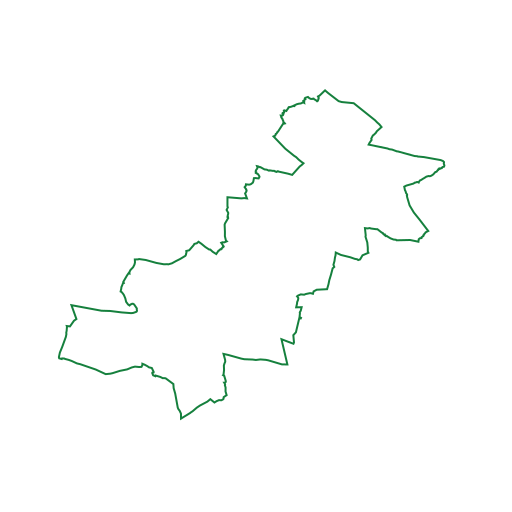 the district of Audnedal nor, Vest-Agder, Norway, rotated 207°
{"feature_id": "86288312B28435141064864", "entity_name": "Audnedal nor", "entity_type": "district", "adm_level": 2, "iso_a3": "NOR", "parent_name": "Norway", "parent_adm1": "Vest-Agder", "projection": "natural_earth1", "projection_center": [7.384, 58.371], "detail": "fine", "context": "isolated", "style": "outline", "palette": "green", "viewbox_px": 512, "rotation_deg": 207, "n_neighbors": 0, "source": "geoboundaries", "source_scale": "gbopen_adm2", "svg_char_len": 6124}
<svg xmlns="http://www.w3.org/2000/svg" viewBox="0 0 512 512"><g transform="rotate(207 256 256)"><path d="M269.7,434.9L272.2,427.7L273.2,426.3L271.8,425.3L271.8,424.5L271.6,424.2L271.4,422.7L271.4,422.3L271.8,421.6L273.3,422.0L275.5,422.1L276.1,422.4L276.6,422.2L277.0,421.6L278.3,420.9L280.1,420.8L281.9,421.3L283.9,419.3L284.1,418.6L284.0,418.3L283.3,417.9L283.5,417.7L283.5,417.3L284.2,415.8L283.0,415.3L283.0,414.8L282.6,414.3L284.0,414.3L284.6,413.1L285.4,412.2L286.9,411.2L288.5,409.8L290.3,407.5L289.8,407.5L289.8,407.0L291.1,406.4L292.8,404.6L294.4,403.5L294.5,402.8L294.3,402.5L294.8,399.8L294.8,399.0L297.0,398.6L297.2,398.2L296.4,397.4L296.2,396.9L296.3,396.8L296.2,396.3L296.6,395.9L297.1,395.7L297.2,395.3L296.0,394.8L295.9,393.8L296.1,393.4L297.6,392.5L297.3,392.3L297.3,392.1L296.5,391.5L296.3,391.3L296.4,391.1L295.3,390.3L294.4,390.0L294.0,389.4L293.0,388.7L292.2,387.4L291.3,387.6L290.5,387.2L291.9,386.0L292.9,376.6L293.3,376.0L293.2,375.1L293.4,374.1L293.8,373.7L293.5,372.1L294.7,370.5L278.6,364.9L267.7,362.6L265.0,362.3L261.9,361.3L258.1,360.5L255.8,360.2L256.5,358.1L257.7,355.6L260.6,344.7L264.8,343.9L274.1,341.5L275.0,341.5L275.7,340.4L276.1,340.1L276.9,340.3L277.4,340.0L278.6,340.1L279.6,339.5L282.5,338.6L282.5,338.4L283.3,337.9L285.6,337.8L287.8,337.0L292.4,337.2L292.7,336.9L294.8,336.8L295.9,336.5L294.7,335.4L294.6,334.4L294.9,333.1L294.9,331.9L294.5,330.8L293.8,330.7L293.8,329.9L291.2,329.8L289.0,328.4L288.8,327.9L288.9,326.3L292.1,325.1L293.2,324.4L292.3,321.5L292.1,320.0L293.1,317.8L293.8,317.0L294.6,316.4L297.5,315.3L297.0,314.0L297.4,312.2L294.9,310.9L294.9,310.6L294.0,309.9L293.9,308.7L294.1,306.8L290.2,303.2L292.7,302.3L295.2,300.7L308.1,295.4L304.0,287.3L303.2,286.6L303.1,283.7L300.4,281.9L299.9,280.9L299.7,279.5L298.8,278.2L299.2,278.0L299.1,277.7L298.0,277.1L298.4,271.1L298.2,269.7L294.7,263.5L292.7,259.5L289.8,256.1L288.7,255.8L290.6,253.6L292.0,253.1L293.0,252.0L289.4,250.0L289.7,249.6L289.2,249.2L290.0,247.4L290.0,247.1L289.9,246.8L290.2,246.6L290.2,246.1L290.7,245.9L291.1,245.2L291.2,244.3L291.8,243.8L292.3,239.7L296.5,240.1L299.7,241.0L300.6,240.5L305.2,241.0L310.2,242.1L313.7,242.6L314.5,240.5L316.4,238.8L316.5,237.3L318.1,230.8L320.4,228.8L319.5,227.5L319.3,226.1L319.0,225.5L319.0,224.1L322.3,218.8L325.1,215.0L327.6,211.3L330.4,208.7L331.2,208.5L334.3,206.8L341.6,204.6L352.4,202.4L358.8,200.2L359.6,199.4L362.4,197.9L360.9,195.3L360.4,193.2L360.4,190.2L361.5,186.5L361.5,184.3L360.8,183.0L361.7,183.0L362.1,180.1L362.5,172.8L361.6,172.0L362.2,171.6L361.9,169.1L361.8,167.2L361.2,165.6L360.5,162.9L359.4,162.9L357.3,162.0L355.9,161.2L353.2,158.9L350.9,156.2L347.9,154.7L346.2,154.5L345.8,155.9L345.1,156.5L344.8,157.1L344.0,157.6L342.6,157.5L338.4,155.2L337.9,154.1L337.2,153.2L337.1,152.4L337.4,151.8L339.6,149.5L341.3,148.4L350.2,144.7L361.0,140.8L368.8,137.1L398.1,128.4L387.4,118.3L388.8,115.7L389.8,108.8L392.8,107.7L392.4,107.3L392.0,106.4L390.8,103.5L390.2,101.4L389.5,100.4L388.7,97.6L387.4,87.0L386.9,80.9L385.7,76.4L384.9,75.5L382.3,76.0L382.3,76.7L380.3,77.6L379.4,77.6L375.7,78.4L372.5,78.8L366.8,79.0L363.5,79.8L347.2,82.1L336.3,82.5L332.4,85.0L330.6,86.5L325.2,91.8L319.3,96.5L316.1,100.3L313.6,102.5L309.8,104.0L307.7,105.2L307.7,107.2L308.3,108.4L305.8,108.6L302.6,108.5L300.9,108.2L298.0,108.9L294.6,106.3L294.4,105.8L295.4,105.0L295.3,104.6L293.5,103.0L291.1,103.2L291.2,103.9L286.3,104.8L283.6,104.8L282.6,105.4L281.0,106.0L271.5,104.4L269.4,100.9L265.5,96.7L256.9,85.4L255.7,84.4L253.7,83.4L251.3,81.5L249.0,77.1L243.3,86.4L243.2,86.8L242.0,88.9L239.9,94.0L238.0,97.4L233.2,104.2L231.7,107.7L226.5,106.6L225.2,108.8L223.5,110.8L221.4,111.7L220.4,113.1L220.1,113.9L220.7,115.6L219.0,118.7L221.6,121.4L223.4,125.0L225.1,126.8L225.1,127.3L225.8,128.1L226.8,128.7L226.1,129.1L225.8,130.2L226.3,131.0L229.9,134.8L231.2,134.9L231.0,135.7L231.4,136.4L232.7,139.9L234.9,143.8L235.3,145.9L235.4,147.8L236.4,149.5L240.5,154.0L235.9,155.2L222.5,157.9L219.6,158.7L212.0,162.2L208.9,163.3L205.2,165.8L200.2,167.9L197.8,168.6L183.7,171.2L178.8,173.6L195.5,193.4L182.8,194.8L182.9,196.2L186.8,202.4L185.8,206.1L189.2,220.2L187.8,220.6L187.8,221.3L189.5,221.4L190.8,224.8L191.3,225.4L191.4,226.0L191.3,227.6L192.1,231.1L196.9,228.5L197.8,232.1L198.4,233.6L198.6,235.9L199.1,237.5L199.4,237.9L201.1,238.7L200.6,239.8L198.7,242.1L195.5,243.4L194.4,244.7L191.2,247.3L190.1,247.8L188.1,248.2L188.6,250.6L186.6,253.5L177.6,258.7L178.6,263.8L179.7,267.7L180.7,273.4L182.1,279.8L181.3,281.8L183.0,283.3L183.8,287.2L185.0,290.6L185.4,292.6L186.5,295.3L180.8,295.5L171.3,297.7L166.7,298.3L164.4,299.0L163.1,298.8L161.7,300.2L161.4,305.0L157.3,309.9L158.5,310.9L160.2,314.2L163.0,318.6L167.2,322.9L167.6,324.2L171.6,330.3L169.1,331.2L167.4,332.5L166.0,332.7L161.2,334.4L160.0,335.0L154.4,333.9L153.6,334.1L152.6,333.4L151.8,333.5L151.9,333.3L151.7,333.2L150.9,333.6L150.5,332.9L149.6,333.1L149.2,332.7L148.2,333.2L147.2,333.0L144.2,332.8L141.0,333.1L138.7,334.0L137.9,333.8L126.0,340.2L118.0,342.4L118.3,342.8L118.0,343.2L118.6,344.8L118.1,346.1L116.7,347.1L117.0,347.9L116.0,349.7L116.2,350.0L116.3,350.5L116.1,350.7L115.9,351.4L116.1,351.9L115.6,353.5L115.6,354.1L113.9,356.5L127.3,362.9L135.1,366.4L142.1,370.8L147.9,376.9L149.0,378.3L148.9,378.6L149.3,379.4L151.0,380.3L152.0,381.5L153.2,382.3L155.4,385.1L153.9,387.1L148.6,392.0L147.8,393.5L147.1,393.9L146.4,394.8L145.8,395.2L144.4,395.3L144.5,396.1L144.2,397.8L143.3,398.8L142.5,400.3L141.4,402.0L140.2,404.1L138.4,405.7L137.3,406.0L136.2,407.2L135.1,409.2L134.3,412.3L133.9,412.5L133.3,413.3L133.2,414.5L132.8,415.1L133.0,415.8L132.1,416.6L132.5,417.1L132.0,417.6L131.3,417.8L130.4,418.6L130.5,419.0L130.3,419.2L130.2,419.9L129.0,421.0L129.3,422.3L130.6,423.5L131.0,424.8L131.2,425.1L132.5,425.5L135.0,425.3L151.2,420.4L156.3,418.4L156.8,418.1L157.6,418.1L160.0,417.1L177.0,413.6L177.9,413.2L183.1,412.6L185.6,411.7L187.6,411.5L206.2,406.4L206.2,408.4L205.7,411.9L206.6,412.9L206.6,416.4L205.9,417.8L205.0,420.6L205.1,421.4L204.8,422.5L202.7,427.9L205.9,429.3L208.7,430.0L211.6,431.0L238.3,436.5L249.5,432.1L252.7,431.5L265.5,433.9L269.7,434.9Z" fill="none" stroke="#15803d" stroke-width="2"/></g></svg>